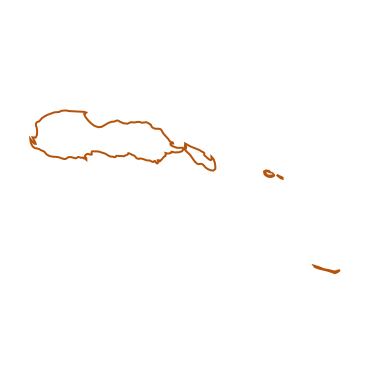 the Province of North Solomons, rotated 131°
{"feature_id": "PNG-1245", "entity_name": "North Solomons", "entity_type": "Province", "adm_level": 1, "iso_a3": "PNG", "parent_name": "Papua New Guinea", "parent_adm1": "", "projection": "natural_earth1", "projection_center": [155.03, -5.041], "detail": "fine", "context": "isolated", "style": "outline", "palette": "amber", "viewbox_px": 384, "rotation_deg": 131, "n_neighbors": 0, "source": "natural_earth", "source_scale": "10m", "svg_char_len": 3637}
<svg xmlns="http://www.w3.org/2000/svg" viewBox="0 0 384 384"><g transform="rotate(131 192 192)"><path d="M259.6,333.9L260.0,335.9L261.9,339.4L262.2,341.6L261.7,343.6L260.6,345.7L259.3,347.5L258.0,348.9L258.8,344.8L258.9,342.6L258.2,341.6L257.6,342.5L255.3,348.2L253.5,345.7L250.6,346.5L247.8,348.7L245.9,350.7L244.0,353.6L243.1,354.5L241.5,354.9L240.6,354.7L239.2,353.8L238.3,353.7L234.9,353.7L231.6,352.9L228.2,351.5L222.3,348.2L219.1,345.1L218.4,344.6L217.1,344.2L215.8,343.3L213.4,340.9L212.7,339.9L211.7,338.0L202.5,326.3L201.4,323.9L202.8,323.9L203.4,324.1L204.0,324.5L205.3,321.5L206.1,317.4L206.4,313.0L206.1,309.3L204.6,305.2L202.0,302.9L194.4,300.3L191.6,298.6L189.9,296.9L188.2,296.1L187.4,295.6L186.7,294.8L186.5,294.2L186.2,292.3L185.0,288.6L183.7,286.9L183.5,286.5L183.0,285.7L179.3,283.8L177.2,280.9L175.2,279.4L174.2,278.4L173.3,277.2L173.0,276.1L172.3,274.9L169.4,272.4L168.8,270.7L168.7,269.7L168.4,267.9L168.3,267.0L168.8,266.2L169.1,265.3L169.3,264.3L168.9,262.4L168.1,260.9L166.2,258.8L165.6,257.7L165.3,257.0L165.2,256.4L165.4,255.6L166.7,251.9L167.6,244.3L168.2,242.5L168.3,240.9L167.3,239.3L167.3,238.8L167.5,238.6L167.6,238.4L167.8,238.1L169.2,239.6L169.8,239.9L170.3,239.3L170.5,237.9L170.1,236.5L169.6,235.3L169.3,234.2L168.4,232.2L165.0,228.4L165.2,226.6L167.7,226.2L170.9,228.2L173.6,231.2L175.1,233.9L176.4,233.6L177.8,234.5L179.1,235.9L179.9,237.5L180.3,236.7L180.9,236.3L181.6,236.4L182.4,235.7L183.3,236.2L184.4,236.3L189.5,236.3L190.3,236.7L189.8,237.5L189.8,238.1L190.6,238.7L191.0,238.2L191.3,237.4L191.9,236.9L193.1,236.9L193.4,237.3L193.4,238.0L193.5,238.8L193.0,239.7L192.9,240.3L193.2,240.6L194.8,241.1L195.0,241.2L195.4,242.3L195.8,244.3L197.8,246.9L199.4,251.0L200.6,253.0L201.0,253.4L201.6,253.6L201.9,253.9L202.5,255.1L202.7,255.4L202.8,256.3L202.4,259.4L203.0,260.9L203.8,264.1L204.5,265.5L205.7,265.1L206.9,265.6L208.2,266.3L209.5,266.7L213.3,271.5L213.5,271.9L213.8,272.3L214.4,272.8L214.8,272.9L215.7,272.7L216.0,272.8L216.5,273.3L217.3,274.9L218.4,276.4L219.1,277.6L219.9,282.2L220.2,283.2L222.8,289.2L226.6,293.8L227.0,294.1L228.0,293.8L228.7,293.2L229.4,292.3L230.3,292.9L230.9,294.3L231.7,295.8L233.4,296.6L235.3,296.3L235.7,295.3L235.8,294.0L237.0,292.9L237.0,293.5L236.8,293.9L236.7,294.3L236.9,294.7L237.5,295.3L237.3,296.3L239.1,298.5L239.9,300.5L240.5,301.0L241.3,301.3L242.0,301.4L242.8,301.8L243.4,302.9L244.4,305.0L245.2,306.4L246.2,307.6L247.4,308.4L248.8,308.6L250.4,309.4L251.6,311.3L253.2,315.4L254.9,318.0L256.8,320.4L258.3,323.0L259.0,326.3L258.9,327.3L258.6,329.0L258.5,330.0L258.7,331.0L259.4,333.0L259.6,333.9ZM167.3,207.1L167.2,209.8L165.2,218.0L165.0,223.8L164.3,226.2L162.6,227.2L163.0,225.3L161.9,225.8L161.3,226.9L160.9,228.1L159.9,229.0L158.6,222.9L155.5,214.1L155.2,211.7L154.6,209.6L154.6,208.3L155.4,207.7L156.0,207.1L156.2,205.6L156.2,200.8L155.8,198.9L154.7,198.5L152.6,200.5L153.0,197.5L154.8,194.2L157.2,191.3L159.4,189.5L161.9,190.0L163.5,192.4L164.4,195.5L164.6,198.0L164.2,200.7L164.2,202.0L164.6,203.4L165.4,204.3L166.1,204.8L166.8,205.5L167.3,207.1ZM160.7,34.1L162.5,38.3L166.4,45.7L168.0,50.0L167.6,51.7L165.4,46.6L163.8,41.9L161.0,37.1L158.5,32.2L153.9,29.1L157.1,29.6L159.6,31.0L160.7,34.1ZM126.2,140.8L128.4,141.8L130.1,143.8L131.0,146.3L131.0,148.8L129.3,151.1L127.2,150.3L125.7,148.0L125.7,145.7L126.2,146.6L126.8,148.6L127.3,149.3L128.1,150.0L128.7,149.9L129.7,148.5L130.1,146.4L128.9,144.2L127.1,142.5L125.7,141.5L125.4,141.9L125.2,142.1L125.3,141.4L125.5,141.1L126.2,140.8ZM123.1,138.4L122.8,136.6L122.1,134.6L121.8,133.0L122.6,132.3L123.1,133.2L123.4,134.8L123.6,138.4L123.1,138.4Z" fill="none" stroke="#b45309" stroke-width="2"/></g></svg>